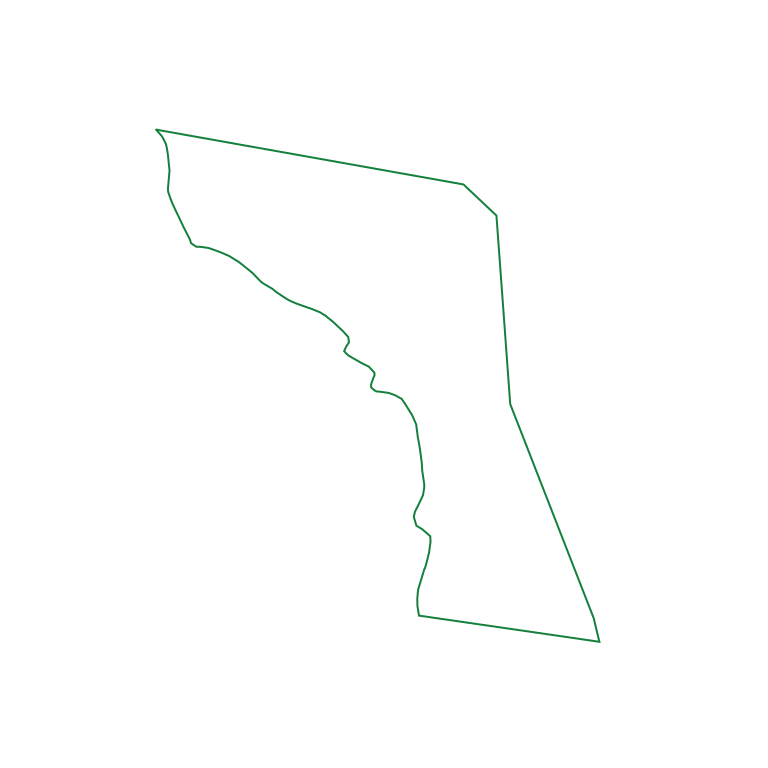 Banse La Grace, Laborie, Saint Lucia, rotated 164°
{"feature_id": "8701671B8403911269466", "entity_name": "Banse La Grace", "entity_type": "district", "adm_level": 2, "iso_a3": "LCA", "parent_name": "Saint Lucia", "parent_adm1": "Laborie", "projection": "mercator", "projection_center": [-60.997, 13.782], "detail": "fine", "context": "isolated", "style": "outline", "palette": "green", "viewbox_px": 768, "rotation_deg": 164, "n_neighbors": 0, "source": "geoboundaries", "source_scale": "gbopen_adm2", "svg_char_len": 1892}
<svg xmlns="http://www.w3.org/2000/svg" viewBox="0 0 768 768"><g transform="rotate(164 384 384)"><path d="M229.5,514.9L252.6,553.9L531.7,690.7L532.2,691.2L532.8,691.1L532.6,690.6L532.1,689.5L529.2,683.4L528.6,680.8L527.5,675.0L527.6,672.4L527.7,671.0L528.0,668.0L528.7,662.8L530.1,655.2L531.3,648.4L538.0,630.9L538.4,628.5L538.5,627.5L538.1,621.0L537.9,618.7L537.8,616.9L536.4,607.9L536.1,606.2L535.7,604.0L534.6,597.3L533.5,590.6L533.0,587.9L532.6,585.9L530.9,577.4L530.7,576.5L530.7,572.6L528.9,570.4L526.6,567.7L522.0,566.2L515.4,563.2L513.3,561.8L508.9,558.7L504.0,555.0L503.5,554.6L497.5,549.7L496.9,548.9L490.0,541.4L487.5,538.0L486.2,536.1L480.0,527.3L474.9,517.7L474.1,516.3L472.8,514.4L468.3,509.7L465.1,506.3L463.8,504.4L462.4,502.3L456.8,495.7L452.9,491.3L450.1,488.8L446.6,485.9L440.9,481.8L436.7,478.8L435.6,478.1L431.5,475.1L425.8,470.6L425.1,469.8L421.1,465.4L419.5,463.0L415.8,457.7L412.7,452.5L409.0,446.3L406.3,440.8L405.4,439.1L405.8,436.3L406.2,433.7L406.9,433.1L409.8,430.6L411.4,428.8L413.2,426.7L412.2,424.3L409.7,420.3L409.0,420.1L408.2,418.9L400.1,410.6L395.7,406.6L393.8,404.9L391.0,399.3L390.1,397.5L390.8,394.8L392.6,392.7L395.9,388.1L396.3,387.5L397.1,385.4L397.2,384.1L396.0,382.2L395.5,381.4L394.8,380.5L393.6,379.1L389.8,377.6L381.7,374.0L380.2,372.9L376.5,370.2L371.1,364.8L369.2,359.1L366.9,351.0L365.6,346.5L364.6,339.4L364.2,336.3L366.2,323.2L366.9,315.5L368.3,305.1L369.1,300.1L369.3,298.3L370.0,295.4L371.2,289.8L372.0,283.7L372.9,276.8L374.0,272.9L377.2,266.4L379.3,263.9L383.7,258.9L389.6,252.5L392.0,247.9L391.9,238.9L391.5,238.4L387.3,233.9L381.5,224.9L381.8,223.6L382.8,219.5L387.1,209.6L393.3,198.9L395.2,196.0L396.5,194.6L401.6,186.6L404.4,182.3L407.9,176.9L409.4,173.1L411.2,168.4L413.0,161.7L414.2,151.7L248.0,76.8L247.2,96.1L246.9,100.3L258.8,228.6L268.2,330.0L250.0,416.8L229.5,514.9Z" fill="none" stroke="#15803d" stroke-width="2"/></g></svg>